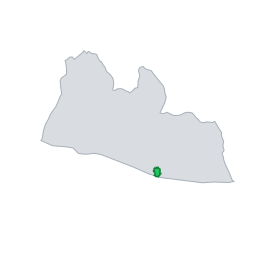 Sanquin Dist #2, Sinoe, Liberia shown in context, rotated 339°
{"feature_id": "62588387B29712288551419", "entity_name": "Sanquin Dist #2", "entity_type": "district", "adm_level": 2, "iso_a3": "LBR", "parent_name": "Liberia", "parent_adm1": "Sinoe", "projection": "albers", "projection_center": [-9.171, 5.211], "detail": "fine", "context": "in_parent", "style": "filled", "palette": "green", "viewbox_px": 256, "rotation_deg": 339, "n_neighbors": 0, "source": "geoboundaries", "source_scale": "gbopen_adm2", "svg_char_len": 3283}
<svg xmlns="http://www.w3.org/2000/svg" viewBox="0 0 256 256"><g transform="rotate(339 128 128)"><path d="M42.3,108.5L44.5,106.6L47.8,100.6L52.4,94.8L56.6,91.4L60.0,87.9L63.5,85.2L68.6,82.0L76.4,73.8L78.2,72.8L79.5,67.1L81.5,59.7L83.7,57.5L89.0,56.1L90.3,54.9L92.1,49.7L93.4,43.7L93.5,42.4L95.5,42.3L99.1,41.0L101.2,41.6L102.1,43.3L102.6,44.7L113.4,41.0L114.3,40.2L114.9,40.4L116.2,43.7L117.0,43.5L117.7,42.6L118.4,42.5L119.2,42.9L120.1,44.5L121.4,45.9L123.8,46.9L125.3,48.3L125.1,51.9L125.7,55.4L126.7,56.2L127.2,58.3L127.5,60.6L128.0,61.8L128.4,64.1L128.2,66.6L128.7,68.4L130.4,71.4L131.5,75.2L131.5,77.9L130.8,80.7L129.7,83.3L127.7,86.1L127.5,87.3L128.7,88.0L130.5,88.1L132.0,87.6L135.9,88.9L137.9,90.7L139.6,93.0L141.2,94.2L141.9,95.7L144.6,95.3L147.8,93.9L148.5,93.2L149.4,93.5L151.4,93.7L152.8,91.2L154.0,88.3L156.4,85.1L157.6,83.9L158.0,81.9L158.1,79.3L159.0,77.1L161.0,75.8L163.2,75.9L164.4,76.3L165.0,78.5L166.7,80.1L168.2,81.3L169.0,81.8L170.3,83.0L171.4,87.4L176.1,101.6L175.9,105.5L175.0,108.0L175.0,110.5L174.7,113.0L171.8,117.1L163.4,125.3L164.0,126.1L166.0,127.0L168.1,127.5L169.8,127.2L171.9,129.3L174.2,131.9L176.6,133.3L180.1,134.4L183.1,134.6L185.7,134.1L189.3,134.6L193.2,136.8L194.6,140.3L195.5,143.4L196.9,145.0L197.1,147.6L199.8,150.0L203.8,150.5L208.9,153.2L210.2,153.1L210.7,152.7L211.4,153.2L212.7,161.2L213.7,165.4L213.2,167.1L212.5,168.5L212.5,174.9L210.2,178.6L209.8,182.7L209.1,184.0L206.7,185.2L206.7,188.3L206.0,192.0L205.8,196.0L206.5,206.5L206.6,214.3L207.8,215.8L202.9,215.1L188.8,209.2L177.9,205.8L141.3,186.3L131.2,178.5L119.5,166.9L93.6,143.4L87.7,139.6L80.2,137.7L75.6,135.7L72.3,133.6L69.7,127.1L63.2,123.2L51.3,117.6L42.3,108.5Z" fill="#d9dde1" stroke="#a8b0b8" stroke-width="1"/><path d="M142.9,178.7L143.0,178.5L143.0,178.3L143.1,178.0L143.0,177.7L142.9,177.5L142.8,177.4L142.6,177.2L142.4,177.1L142.3,176.6L142.2,176.2L142.1,175.8L141.9,175.6L141.8,175.4L141.7,175.3L141.6,175.2L141.2,175.2L141.1,175.3L141.1,175.5L140.8,175.4L140.8,175.5L140.7,175.4L140.7,175.5L140.3,175.8L140.2,175.8L140.0,175.7L139.9,175.4L139.7,175.4L139.4,175.2L139.2,175.2L138.8,175.3L138.7,175.1L138.5,175.4L138.4,175.4L138.2,175.2L137.9,175.2L137.8,175.4L137.8,175.5L137.6,175.7L137.5,175.8L137.6,176.0L137.6,176.5L137.5,176.8L137.4,176.9L137.2,176.8L136.9,177.0L136.9,177.4L136.7,177.3L136.7,177.5L136.4,177.5L136.4,177.8L136.5,177.9L136.6,178.0L136.6,178.3L136.7,178.5L136.7,179.0L136.8,179.3L136.9,179.7L136.9,180.2L136.9,180.9L136.7,180.9L136.5,181.0L136.4,181.2L136.2,181.2L136.1,181.3L135.8,181.5L136.0,181.6L136.0,181.9L136.1,182.2L136.3,182.3L136.4,182.5L136.5,182.6L136.6,182.8L136.4,183.1L136.5,183.2L136.9,183.4L137.2,183.4L137.8,183.9L138.4,184.2L138.5,184.2L138.6,184.3L138.8,184.4L138.9,184.5L139.0,184.4L139.2,184.2L139.1,183.9L139.3,183.9L139.5,183.7L139.9,183.7L140.0,183.7L140.3,183.7L140.5,183.7L140.6,183.4L140.7,183.2L140.8,183.3L140.9,183.2L140.9,182.9L140.9,182.7L141.0,182.7L141.3,182.4L141.5,182.3L141.8,182.4L141.8,182.2L141.8,181.9L142.0,181.9L141.9,181.8L141.9,181.7L141.7,181.6L141.8,181.6L141.7,181.4L141.8,181.2L141.7,181.1L141.8,181.0L141.9,180.9L142.0,180.6L142.2,180.4L142.3,180.2L142.4,179.8L142.4,179.7L142.5,179.6L142.6,179.4L142.5,179.2L142.8,178.7L142.9,178.7Z" fill="#22c55e" stroke="#15803d" stroke-width="1.5"/></g></svg>